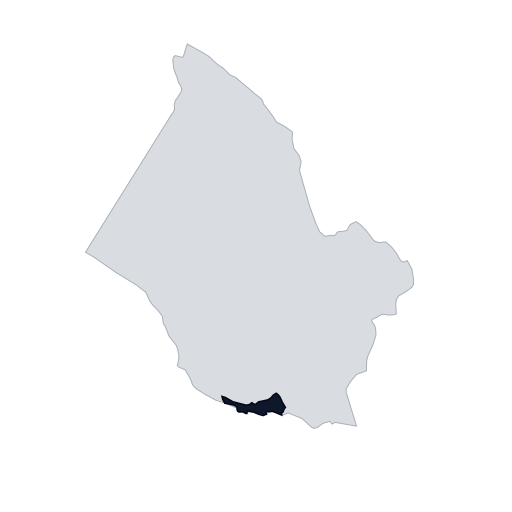 Moroto on a map of Uganda (Natural Earth projection), rotated 122°
{"feature_id": "UGA-3127", "entity_name": "Moroto", "entity_type": "District", "adm_level": 1, "iso_a3": "UGA", "parent_name": "Uganda", "parent_adm1": "", "projection": "natural_earth1", "projection_center": [34.678, 2.605], "detail": "fine", "context": "in_parent", "style": "filled", "palette": "ink", "viewbox_px": 512, "rotation_deg": 122, "n_neighbors": 0, "source": "natural_earth", "source_scale": "10m", "svg_char_len": 3207}
<svg xmlns="http://www.w3.org/2000/svg" viewBox="0 0 512 512"><g transform="rotate(122 256 256)"><path d="M343.1,402.6L337.2,402.6L327.8,402.6L318.3,402.6L308.8,402.6L299.3,402.6L289.9,402.6L280.4,402.6L270.9,402.6L261.4,402.6L252.0,402.6L242.5,402.6L233.0,402.6L223.5,402.6L214.1,402.6L204.6,402.6L195.1,402.6L185.6,402.6L180.0,402.6L178.9,402.4L178.1,402.2L174.6,402.9L170.9,405.6L166.9,406.8L162.7,406.3L162.2,406.6L160.1,406.5L157.0,406.4L154.2,407.1L152.1,409.4L149.9,413.5L146.0,418.1L143.0,422.3L140.4,425.2L134.5,430.0L131.3,431.4L129.7,431.2L128.7,430.3L126.8,424.2L125.7,423.2L114.2,426.3L112.5,426.4L112.6,424.5L111.8,410.0L111.7,401.1L113.1,395.5L114.0,389.1L114.1,383.4L116.2,373.8L115.4,368.0L118.2,347.8L118.9,344.5L119.9,334.7L121.6,331.7L123.1,330.5L125.1,324.5L128.9,315.0L131.5,310.0L130.9,299.2L131.4,291.9L132.0,290.3L137.5,287.6L144.8,280.8L147.8,272.8L152.1,267.7L160.5,264.4L185.3,237.0L196.8,222.3L201.8,214.7L202.0,212.0L202.9,208.5L200.9,205.7L198.5,203.2L197.7,200.8L195.7,199.7L192.7,199.7L190.8,198.0L188.5,194.7L186.3,192.6L179.3,192.8L173.9,189.4L174.0,184.8L176.1,175.7L180.2,165.2L180.4,162.4L179.8,159.9L178.9,157.8L177.0,155.7L175.3,153.2L176.6,145.7L179.2,138.4L181.3,134.7L183.4,130.6L182.8,127.2L179.8,125.5L181.4,122.3L184.7,116.7L191.0,111.1L196.5,107.4L200.2,107.3L207.5,110.3L214.0,113.8L217.6,114.0L221.9,112.5L230.9,106.3L233.1,108.3L235.7,112.1L238.6,118.3L244.3,121.2L247.0,123.2L248.9,123.8L250.0,123.2L252.2,118.3L254.8,115.6L259.6,112.3L270.2,109.6L277.8,108.7L281.0,108.2L286.3,106.6L294.8,101.5L303.2,108.0L312.2,109.3L321.0,109.2L323.7,107.3L325.2,105.7L334.5,95.0L347.0,80.6L355.3,101.0L358.1,102.2L357.7,104.0L357.0,105.7L362.5,110.6L369.2,113.2L371.5,115.7L371.8,118.4L369.5,130.4L369.9,133.8L372.1,145.7L376.1,148.4L379.6,160.4L386.8,165.6L387.8,167.0L389.4,172.9L391.6,179.3L393.3,180.7L394.4,181.1L396.5,187.9L395.3,191.7L396.9,203.3L399.6,213.6L400.3,226.0L400.3,231.4L400.3,234.8L399.7,239.5L398.4,242.2L396.1,244.8L393.6,249.0L391.4,253.4L390.0,255.6L391.1,262.3L390.8,264.1L390.2,264.9L386.9,265.9L382.8,267.7L380.3,269.5L376.7,272.9L373.9,276.5L370.1,287.3L363.8,295.7L362.7,298.5L356.8,303.5L354.2,309.7L352.5,317.2L350.2,322.6L345.2,330.1L344.0,341.9L344.2,365.3L342.9,392.1L343.1,402.6Z" fill="#d9dde1" stroke="#a8b0b8" stroke-width="1"/><path d="M377.3,149.8L378.8,159.1L379.4,160.2L381.1,162.4L381.9,163.9L382.4,164.4L383.1,164.7L383.4,164.5L384.0,164.0L384.2,163.8L384.4,163.7L384.6,163.2L384.9,163.3L385.0,163.5L385.2,163.8L385.3,164.0L386.8,164.8L387.1,164.9L387.5,165.4L387.7,166.0L388.8,169.8L389.6,175.2L391.8,180.6L392.3,181.2L393.1,181.2L393.5,180.8L393.9,180.3L394.3,180.2L394.9,181.0L395.2,184.1L395.5,185.3L396.9,187.0L397.4,188.0L397.3,189.4L396.5,190.5L395.4,191.2L394.5,192.1L394.0,193.6L394.3,196.0L396.4,201.8L397.4,204.5L395.4,208.1L393.1,210.5L392.2,207.1L391.8,198.4L390.0,192.5L388.4,187.6L387.7,185.4L385.7,183.0L382.6,181.8L382.6,178.0L380.8,177.4L378.2,176.5L375.4,173.5L371.6,169.7L368.5,168.2L364.7,167.6L361.6,166.1L362.0,163.4L362.9,160.9L366.1,156.1L368.8,150.8L370.9,151.1L372.9,150.6L374.1,150.4L375.3,151.0L376.3,150.6L377.3,149.8L377.3,149.8Z" fill="#0f172a" stroke="#020617" stroke-width="1.5"/></g></svg>